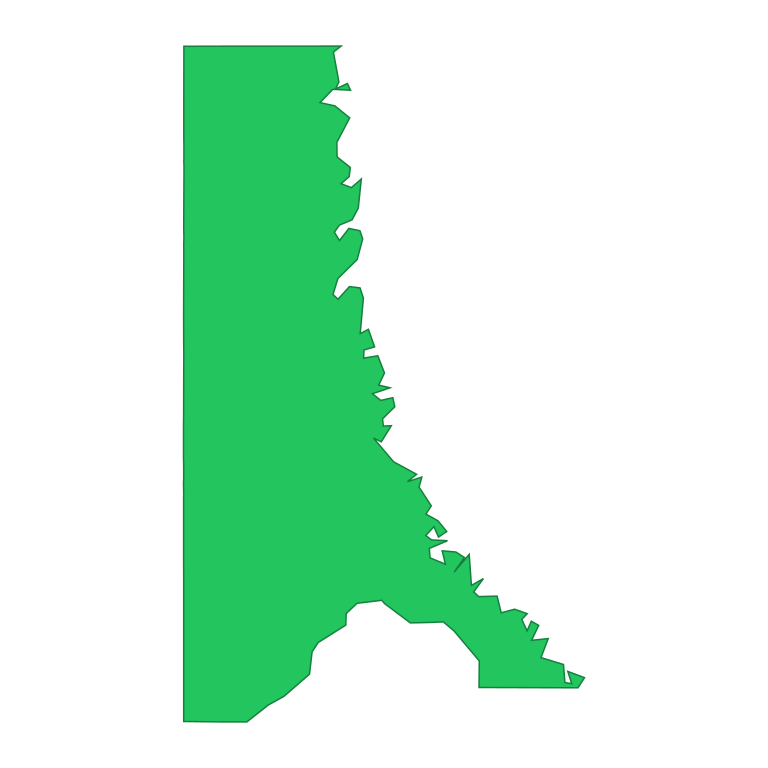 Caddo, Louisiana, United States of America
{"feature_id": "52423323B55471057171446", "entity_name": "Caddo", "entity_type": "district", "adm_level": 2, "iso_a3": "USA", "parent_name": "United States of America", "parent_adm1": "Louisiana", "projection": "robinson", "projection_center": [-93.824, 32.607], "detail": "fine", "context": "isolated", "style": "filled", "palette": "green", "viewbox_px": 768, "rotation_deg": 0, "n_neighbors": 0, "source": "geoboundaries", "source_scale": "gbopen_adm2", "svg_char_len": 2051}
<svg xmlns="http://www.w3.org/2000/svg" viewBox="0 0 768 768"><path d="M183.9,159.5L183.8,160.1L184.0,167.4L183.7,228.1L183.9,236.7L183.9,238.1L183.8,242.0L183.7,245.0L183.8,252.3L183.6,313.8L183.7,344.9L183.8,354.5L183.8,357.1L183.7,372.1L183.7,375.1L183.7,381.8L183.6,419.4L183.5,423.3L183.5,458.6L183.6,461.0L183.7,467.9L183.7,478.0L183.5,483.2L183.5,485.0L183.6,488.3L183.6,490.2L183.7,494.4L183.7,495.7L183.6,496.4L183.6,521.5L183.6,525.1L183.6,553.7L183.6,554.3L183.6,560.5L183.7,576.1L183.7,584.1L183.7,661.1L183.7,703.4L183.7,721.5L220.1,721.9L246.9,721.9L268.3,705.0L284.0,696.3L309.5,674.2L312.1,651.8L318.2,642.5L345.8,625.1L346.2,613.5L357.1,603.3L381.8,600.3L384.6,603.6L410.3,622.9L429.2,622.5L443.3,621.9L454.0,630.9L479.3,661.0L479.0,687.5L578.0,687.8L584.5,677.7L567.8,671.4L571.7,683.7L564.9,682.5L563.5,664.5L541.0,657.6L548.2,638.6L531.6,640.3L538.7,625.4L531.3,621.2L527.1,630.9L521.8,619.4L527.2,613.7L514.6,609.2L501.2,612.8L497.1,596.1L478.7,596.6L473.7,591.9L483.4,578.6L471.4,585.4L469.2,554.4L454.1,572.1L464.4,557.5L455.9,552.0L442.2,550.8L445.4,564.2L430.1,557.9L429.3,548.4L447.5,540.7L431.5,539.9L425.8,535.5L433.9,526.7L438.5,537.1L446.7,531.5L438.0,520.8L425.9,514.1L431.3,505.9L419.1,487.2L421.8,477.1L407.4,481.7L416.6,474.3L393.6,461.8L373.5,438.1L381.3,441.8L391.3,425.7L383.3,426.1L382.6,418.8L394.8,406.7L392.8,397.7L380.8,400.4L372.4,393.7L390.0,387.8L378.7,385.1L384.5,373.0L377.8,355.8L363.6,358.1L364.0,350.0L374.6,346.9L368.4,329.3L360.2,333.6L363.4,298.1L360.0,287.9L349.4,286.6L338.0,299.2L333.0,294.5L337.9,278.5L357.2,259.5L362.7,238.9L359.9,230.7L348.9,228.4L339.5,240.5L334.4,232.2L339.4,225.1L352.1,219.8L358.3,208.0L361.3,179.0L351.4,187.6L341.0,183.7L349.2,176.6L350.3,167.5L337.1,156.9L336.8,142.4L349.7,117.9L334.9,105.9L320.0,102.6L332.8,89.3L350.5,90.2L347.4,83.5L335.6,88.9L338.9,81.8L333.4,52.1L341.1,46.1L196.6,46.2L194.2,46.3L188.8,46.3L185.0,46.2L183.9,46.2L183.8,98.4L183.8,112.9L183.8,135.8L183.9,144.9L183.9,149.9L183.9,159.5Z" fill="#22c55e" stroke="#15803d" stroke-width="1.5"/></svg>